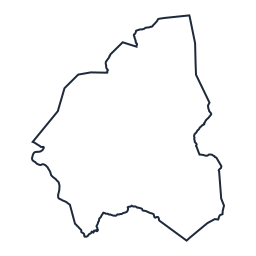 San Marcos de Colon, Choluteca, Honduras
{"feature_id": "27666195B6198023019370", "entity_name": "San Marcos de Colon", "entity_type": "district", "adm_level": 2, "iso_a3": "HND", "parent_name": "Honduras", "parent_adm1": "Choluteca", "projection": "albers", "projection_center": [-86.836, 13.415], "detail": "fine", "context": "isolated", "style": "outline", "palette": "slate", "viewbox_px": 256, "rotation_deg": 0, "n_neighbors": 0, "source": "geoboundaries", "source_scale": "gbopen_adm2", "svg_char_len": 5742}
<svg xmlns="http://www.w3.org/2000/svg" viewBox="0 0 256 256"><path d="M32.7,141.9L34.7,142.7L36.5,144.0L37.2,144.3L37.8,144.8L39.9,146.0L40.3,146.5L40.6,146.8L41.3,146.9L42.1,147.0L42.5,147.0L43.0,146.9L43.3,146.9L43.6,147.1L43.8,147.4L43.7,147.8L43.5,148.4L43.1,149.2L42.6,149.9L42.3,150.2L41.9,150.5L40.8,151.3L40.2,151.5L39.3,151.7L38.2,151.8L36.4,151.9L35.2,152.1L34.5,152.4L34.0,152.8L33.5,153.5L32.9,154.8L32.0,158.2L32.0,158.4L32.1,159.0L32.5,160.1L32.8,160.5L33.3,160.9L34.1,161.5L35.0,161.9L36.4,163.3L37.0,163.8L37.3,164.0L39.4,164.8L40.0,165.0L40.6,165.0L41.4,164.7L42.2,164.3L42.6,164.2L43.1,164.2L44.9,164.9L45.3,165.1L45.6,165.3L46.7,166.5L47.3,167.0L47.6,167.3L47.9,167.9L48.5,169.0L49.9,171.2L50.2,171.9L51.0,174.6L51.2,175.2L51.4,175.5L52.1,176.2L52.9,177.0L55.6,179.0L56.2,179.7L56.7,180.3L58.2,181.8L58.5,182.1L58.7,182.4L58.8,182.8L59.2,184.4L59.5,185.7L59.5,186.5L59.3,189.0L59.3,190.0L58.1,195.1L58.2,197.0L58.2,197.4L58.4,197.8L58.5,198.1L58.8,198.4L59.3,198.7L61.3,199.7L62.7,200.5L64.8,201.3L66.4,202.1L67.6,203.1L69.9,204.7L75.0,223.7L75.7,224.3L76.3,224.9L76.8,225.6L77.9,226.5L79.1,227.9L81.0,229.8L81.2,230.1L81.3,230.4L81.3,230.9L81.3,231.6L81.4,232.0L81.5,232.2L81.8,232.4L82.9,233.0L83.5,233.4L83.9,233.8L84.1,234.2L84.2,235.5L84.5,236.4L84.6,236.6L85.3,236.5L85.9,236.7L86.2,236.7L86.7,236.6L87.3,236.2L87.6,236.0L87.9,235.8L88.6,234.8L89.1,234.2L89.5,233.9L90.5,233.5L91.1,233.0L91.5,232.5L91.6,232.2L91.6,231.8L91.8,231.6L92.0,231.6L92.8,232.3L93.2,232.4L93.3,232.5L93.5,232.3L93.8,231.9L93.9,231.6L94.0,230.9L94.2,230.7L94.7,230.8L95.2,230.5L95.5,230.4L95.8,230.6L96.0,230.9L96.9,231.2L97.2,231.0L97.6,230.7L97.8,230.3L97.9,229.9L97.8,229.7L97.5,229.5L97.2,229.2L97.3,229.0L97.4,228.4L97.4,228.1L97.1,227.5L96.8,226.9L96.6,226.6L96.5,226.3L96.6,225.9L96.8,225.6L97.1,225.1L97.3,224.6L97.8,223.6L98.2,221.9L98.4,221.7L98.5,221.7L98.8,221.2L99.0,220.2L99.2,219.0L99.3,218.6L99.6,218.2L99.9,218.0L100.2,217.7L100.4,217.6L101.2,216.4L101.4,215.7L102.3,214.4L102.8,213.7L103.1,213.0L103.3,212.7L103.5,212.7L104.3,213.0L104.8,213.1L105.8,213.7L107.9,213.8L108.4,214.1L108.7,214.4L108.9,214.5L109.5,214.6L110.2,214.5L110.5,214.6L112.7,215.4L113.9,215.7L114.7,215.7L115.4,215.7L115.9,215.7L116.2,215.6L116.4,215.4L117.2,214.6L117.5,214.4L117.8,214.4L118.4,214.4L118.7,214.5L119.0,214.5L119.4,214.4L119.8,214.2L120.1,214.1L120.7,214.0L121.3,214.1L121.6,214.0L121.9,213.9L122.3,213.5L123.7,212.9L124.2,212.8L125.3,212.5L126.7,211.9L126.9,211.7L127.1,211.5L127.8,210.2L127.9,209.9L128.1,208.3L127.7,207.4L127.8,207.2L128.1,207.0L129.0,206.7L130.1,206.6L130.7,206.5L131.0,206.3L131.4,205.9L131.6,205.7L132.0,205.9L133.0,206.4L133.5,206.5L134.1,206.6L134.4,206.5L134.9,206.4L135.6,206.5L136.6,207.1L136.9,207.4L137.3,207.6L137.8,207.7L138.1,207.6L138.3,207.6L139.6,208.0L140.2,208.1L141.5,208.6L141.9,208.8L142.1,209.1L142.5,210.2L142.7,210.4L142.8,210.5L143.6,210.7L144.8,210.8L145.7,211.0L146.3,211.3L147.2,211.6L147.8,212.0L148.5,212.2L149.6,212.8L150.4,213.0L151.3,213.3L152.4,213.6L153.4,214.1L153.6,214.3L153.7,214.5L154.3,216.8L154.5,217.1L155.0,217.6L155.3,217.7L156.3,217.2L156.9,217.0L157.2,217.0L157.9,217.1L158.1,217.1L158.4,217.6L158.7,218.2L158.9,218.9L158.9,219.5L159.2,220.5L186.6,240.6L189.9,237.6L207.4,223.1L214.8,219.1L218.2,219.5L219.3,216.1L220.2,215.0L222.5,214.2L222.7,211.0L224.0,205.6L221.2,198.6L219.1,171.2L218.7,170.6L219.1,169.7L219.5,169.2L220.6,168.3L221.0,167.9L221.1,167.7L221.2,166.7L221.4,166.2L216.4,157.7L216.1,157.5L214.8,157.0L214.7,156.7L214.6,156.3L214.4,156.1L214.2,156.0L213.8,155.9L213.5,155.8L212.1,154.8L211.8,154.7L210.3,154.5L209.2,154.5L208.9,154.6L208.6,154.8L207.8,155.4L207.1,155.7L206.8,155.8L206.3,155.7L205.8,155.6L205.3,155.6L204.9,155.5L204.2,155.3L203.4,155.0L202.9,154.9L200.7,154.6L199.6,154.6L198.6,152.3L196.6,146.8L196.0,146.0L196.0,145.8L196.3,145.5L196.6,144.7L196.6,144.4L196.5,144.1L196.2,143.5L195.0,142.2L194.8,142.0L194.8,141.7L194.7,141.3L194.8,140.9L194.7,140.7L194.5,140.0L194.2,139.0L194.2,138.8L194.4,138.2L194.5,137.8L194.1,136.5L194.1,135.7L194.6,134.2L194.9,133.8L196.3,132.5L196.7,131.9L197.1,131.0L197.4,130.6L197.6,130.3L198.0,130.1L198.6,129.5L199.3,128.5L199.8,127.6L200.1,127.3L201.4,126.2L202.0,125.6L202.4,125.1L202.7,125.1L203.4,124.8L204.3,124.2L204.3,123.9L204.2,123.7L204.0,123.3L204.7,122.6L204.9,122.2L205.7,120.6L206.4,119.7L207.5,118.7L208.4,117.9L211.1,114.5L211.2,114.3L211.2,114.1L211.1,113.6L210.8,113.0L209.8,111.9L209.2,111.1L208.9,109.9L208.4,108.5L208.2,107.6L208.0,105.5L208.2,105.2L208.6,104.3L209.5,102.7L196.0,74.7L195.6,63.8L195.1,43.3L189.8,17.3L189.3,15.4L164.1,18.0L158.4,18.9L158.0,19.3L157.5,20.2L156.9,21.2L156.6,21.5L156.3,21.9L154.5,23.9L153.6,24.7L153.0,25.5L152.6,26.1L152.3,26.4L152.0,26.4L151.6,26.7L151.3,26.8L150.8,26.8L150.3,26.8L149.9,27.1L149.4,27.3L145.7,27.7L145.5,27.8L144.3,28.7L142.9,29.2L142.3,29.3L141.6,29.4L141.0,29.5L140.3,29.4L139.9,29.4L138.9,29.8L137.0,30.4L136.2,30.7L136.0,31.1L135.9,31.6L135.4,33.2L135.2,33.5L135.0,33.8L134.0,34.5L133.9,34.9L133.9,35.4L133.9,35.7L134.0,35.9L134.5,36.8L134.4,37.2L134.5,37.5L134.9,38.7L135.2,39.2L135.3,39.8L135.4,40.3L135.7,40.7L135.7,40.9L135.6,41.2L135.6,41.4L135.7,41.8L136.0,42.3L135.9,42.7L136.2,43.2L136.6,43.4L136.8,43.6L136.9,43.9L137.0,44.1L137.0,44.4L137.0,44.7L136.9,44.9L136.7,45.1L136.5,45.6L136.5,46.7L122.7,42.3L110.4,54.4L110.3,54.7L110.0,55.7L109.9,55.8L109.5,56.0L109.4,56.2L109.3,56.5L109.3,56.9L109.1,57.2L108.8,57.8L107.6,59.4L105.9,61.8L105.8,62.3L105.7,63.7L106.2,65.6L106.1,66.5L106.1,66.8L106.2,67.1L106.5,68.3L106.8,68.7L107.7,69.7L107.8,70.1L107.8,70.4L107.4,70.8L107.3,71.2L107.2,71.4L107.3,72.4L107.1,72.7L90.8,72.4L78.2,74.6L64.5,88.2L57.8,111.2L32.7,141.9Z" fill="none" stroke="#1e293b" stroke-width="2"/></svg>